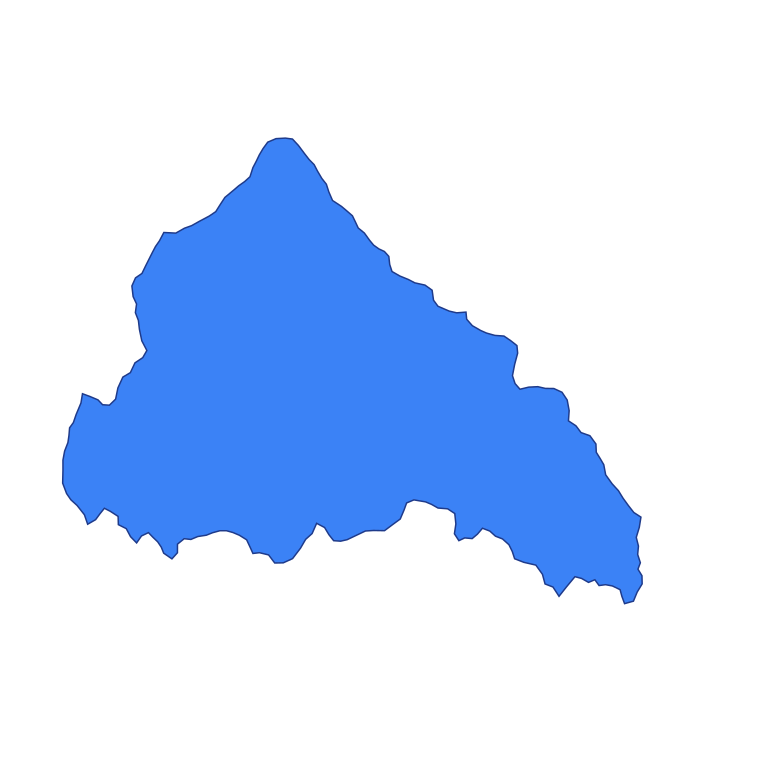 Santa Rita de Ibitipoca, Minas Gerais, Brazil, rotated 193°
{"feature_id": "56859067B41589196819428", "entity_name": "Santa Rita de Ibitipoca", "entity_type": "district", "adm_level": 2, "iso_a3": "BRA", "parent_name": "Brazil", "parent_adm1": "Minas Gerais", "projection": "orthographic", "projection_center": [-43.938, -21.59], "detail": "fine", "context": "isolated", "style": "filled", "palette": "blue", "viewbox_px": 768, "rotation_deg": 193, "n_neighbors": 0, "source": "geoboundaries", "source_scale": "gbopen_adm2", "svg_char_len": 2911}
<svg xmlns="http://www.w3.org/2000/svg" viewBox="0 0 768 768"><g transform="rotate(193 384 384)"><path d="M655.7,196.6L646.5,189.2L641.2,180.7L634.5,186.9L631.5,193.8L628.5,200.0L622.1,198.4L613.3,195.2L611.2,187.2L602.6,185.1L596.6,178.2L589.3,173.5L586.1,181.4L580.1,186.2L574.7,182.7L569.0,179.3L564.3,174.9L560.6,169.6L551.3,165.9L547.3,173.1L549.2,181.5L543.9,188.3L537.2,189.1L531.1,193.5L523.1,196.7L517.6,200.5L510.9,204.1L504.5,205.6L497.8,205.3L490.9,204.1L482.8,201.3L477.4,194.4L473.6,189.4L467.4,191.6L458.0,191.5L450.2,185.0L441.9,187.1L433.8,193.3L428.4,205.3L425.4,215.0L420.4,222.1L418.3,233.1L409.6,230.8L403.8,224.8L397.8,220.0L390.9,221.1L384.9,224.0L378.1,229.4L369.0,236.6L361.3,238.9L350.5,241.2L343.5,249.5L337.8,256.1L336.1,265.8L335.2,273.2L328.8,277.8L317.0,278.5L310.6,277.4L303.5,275.3L293.9,276.7L285.9,273.7L282.5,263.8L281.7,253.9L275.8,248.2L270.7,252.2L263.3,253.2L259.2,258.7L255.6,265.6L247.8,264.5L241.2,260.8L233.7,259.7L226.1,255.5L221.3,249.6L217.4,243.1L207.6,241.7L195.3,241.7L186.8,234.2L182.1,225.4L173.7,224.2L165.7,216.5L160.6,227.3L154.6,239.2L147.8,239.0L140.1,236.7L134.5,240.7L129.1,236.0L123.0,238.3L116.0,238.6L107.7,236.7L104.5,230.7L100.2,224.1L92.1,228.5L90.5,238.2L87.5,247.3L89.5,255.2L94.9,260.7L94.0,267.5L98.5,275.0L99.6,283.3L103.7,291.3L103.0,301.7L103.7,312.1L111.7,315.0L118.5,320.5L125.4,326.5L131.5,332.7L139.3,338.1L147.6,345.4L151.7,354.8L156.7,360.1L161.8,365.2L164.0,373.2L171.7,379.9L181.1,381.0L187.5,386.4L196.0,389.6L197.6,399.7L201.9,409.6L208.7,416.0L217.5,417.8L225.8,416.0L233.5,416.0L242.3,413.5L250.3,409.5L256.4,413.9L260.7,421.0L261.1,432.6L260.7,444.1L263.1,451.3L269.8,454.5L277.9,457.7L286.9,456.3L295.6,456.7L301.9,457.9L311.1,460.7L318.0,465.7L320.3,472.5L329.2,469.7L336.8,469.7L342.9,470.8L348.9,471.9L354.6,476.8L358.2,486.2L366.3,489.6L376.8,489.5L383.7,491.3L392.9,492.8L401.5,495.4L405.3,501.7L408.0,509.4L413.4,513.2L419.4,514.5L425.4,517.0L430.5,520.9L437.1,526.7L444.2,530.2L448.5,535.7L452.6,540.8L458.6,544.0L465.4,547.5L475.4,551.2L481.0,558.8L485.1,565.7L490.8,570.3L496.7,576.5L501.4,582.0L507.5,585.9L513.5,590.8L521.2,597.3L528.3,602.1L535.4,601.4L544.4,598.8L551.7,593.5L554.8,586.2L557.0,579.3L558.5,572.6L560.4,565.3L561.2,555.8L565.4,549.8L570.1,544.5L575.0,537.9L581.0,530.0L584.2,521.3L586.7,514.1L592.1,508.3L600.5,501.0L607.1,495.0L613.5,490.9L620.8,484.2L632.6,482.1L635.0,473.0L637.6,466.5L639.3,460.0L641.2,452.2L643.0,444.8L644.7,437.3L650.0,431.5L651.7,422.8L648.1,412.7L643.1,406.3L642.3,397.6L637.6,390.7L634.6,382.2L629.7,371.6L622.6,363.3L625.0,355.4L631.4,348.6L633.7,338.0L640.0,332.0L642.4,320.3L642.1,308.9L646.8,301.6L653.5,300.5L659.1,304.2L667.2,305.6L675.6,306.7L675.0,297.3L677.1,285.1L678.0,276.5L680.5,270.6L679.4,263.0L678.8,255.8L680.1,246.8L679.7,237.6L677.4,227.7L674.8,215.1L668.6,205.8L663.0,200.7L655.7,196.6Z" fill="#3b82f6" stroke="#1e3a8a" stroke-width="1.5"/></g></svg>